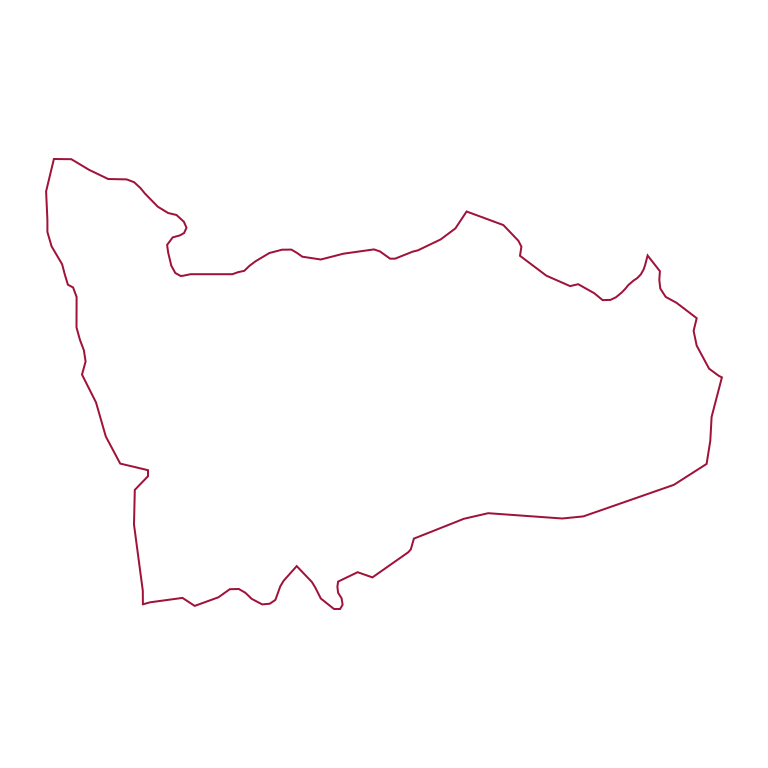 outline of Porto
{"feature_id": "PRT-754", "entity_name": "Porto", "entity_type": "District", "adm_level": 1, "iso_a3": "PRT", "parent_name": "Portugal", "parent_adm1": "", "projection": "mercator", "projection_center": [-8.398, 41.24], "detail": "fine", "context": "isolated", "style": "outline", "palette": "rose", "viewbox_px": 768, "rotation_deg": 0, "n_neighbors": 0, "source": "natural_earth", "source_scale": "10m", "svg_char_len": 1753}
<svg xmlns="http://www.w3.org/2000/svg" viewBox="0 0 768 768"><path d="M142.9,604.3L142.8,590.7L134.0,524.6L134.8,489.9L148.0,476.2L148.0,470.2L120.2,463.6L105.8,436.5L96.0,402.4L82.0,374.6L85.6,361.5L83.9,350.4L79.9,339.7L76.5,327.4L76.6,297.0L73.1,287.5L67.9,284.7L64.8,274.5L62.1,264.2L51.6,246.4L47.4,232.0L47.4,219.9L46.1,191.4L53.9,159.0L71.3,159.2L89.0,169.8L108.1,179.0L126.7,179.4L134.1,182.2L140.5,188.1L144.9,193.5L157.8,206.7L168.1,213.0L176.5,215.0L183.9,221.8L186.5,227.7L184.1,233.0L179.9,235.4L172.7,237.4L167.1,244.9L168.2,252.7L171.3,265.7L175.3,273.0L180.7,276.0L183.4,275.7L190.6,274.2L232.4,274.2L238.0,272.2L244.3,270.8L249.6,265.7L255.5,261.3L269.4,253.0L282.1,249.7L291.3,249.6L297.0,252.9L302.3,256.7L320.8,259.5L343.4,253.7L374.0,249.4L380.1,251.5L390.1,258.7L395.0,258.7L412.5,251.7L417.8,250.4L440.7,239.4L455.4,228.4L466.6,211.5L503.4,225.1L518.4,240.8L521.4,246.7L520.0,255.8L546.4,275.7L570.1,286.1L578.2,284.2L594.2,293.2L602.6,300.1L610.4,299.9L615.9,297.3L621.5,292.7L625.3,288.8L628.2,285.2L633.5,280.6L637.4,278.0L640.9,274.3L643.6,269.5L645.0,265.5L647.6,255.5L659.9,271.2L659.3,280.0L660.3,288.6L665.7,296.9L676.5,302.8L696.7,318.2L693.6,330.9L696.7,345.7L709.1,368.7L718.7,375.8L721.9,377.4L711.6,416.9L710.3,440.8L706.6,463.9L673.9,484.8L583.3,516.4L562.2,518.5L488.2,513.2L463.8,518.8L413.9,538.6L410.8,549.4L408.3,552.2L372.4,577.4L357.6,572.2L338.1,581.6L337.4,586.8L338.1,592.8L341.6,598.3L342.6,604.7L340.1,609.0L334.0,609.0L320.8,598.5L315.3,587.6L311.9,582.0L296.7,566.1L283.6,580.8L280.3,586.3L275.4,599.9L269.8,603.7L262.2,604.4L251.6,598.8L245.4,592.8L238.8,589.0L229.8,589.2L218.4,597.3L194.7,605.9L182.5,597.9L150.1,602.3L143.0,604.3L142.9,604.3Z" fill="none" stroke="#9f1239" stroke-width="2"/></svg>